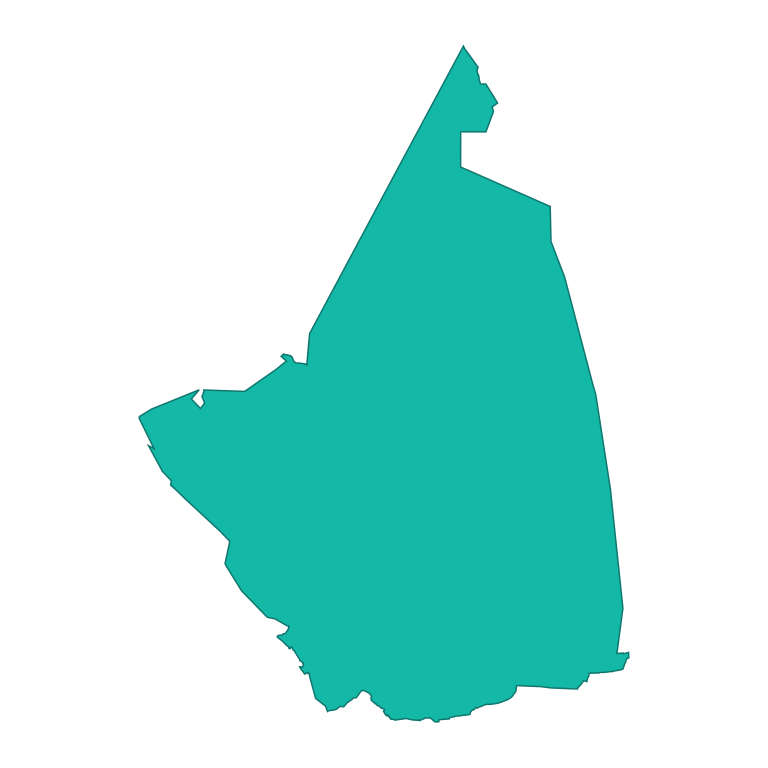 San Juan de Guadalupe, Durango, Mexico (Robinson projection)
{"feature_id": "50627088B55888965347329", "entity_name": "San Juan de Guadalupe", "entity_type": "district", "adm_level": 2, "iso_a3": "MEX", "parent_name": "Mexico", "parent_adm1": "Durango", "projection": "robinson", "projection_center": [-102.803, 24.72], "detail": "fine", "context": "isolated", "style": "filled", "palette": "teal", "viewbox_px": 768, "rotation_deg": 0, "n_neighbors": 0, "source": "geoboundaries", "source_scale": "gbopen_adm2", "svg_char_len": 5854}
<svg xmlns="http://www.w3.org/2000/svg" viewBox="0 0 768 768"><path d="M284.0,354.0L283.3,354.7L283.1,354.5L281.1,356.4L286.4,361.0L276.8,368.9L244.7,391.4L203.8,390.0L203.9,390.4L203.9,390.9L203.9,391.6L203.7,392.3L203.4,392.7L203.3,393.1L203.2,393.5L203.0,394.1L202.6,394.7L202.4,395.2L202.3,395.6L202.3,395.9L202.2,396.2L202.0,396.7L204.6,403.0L200.5,408.5L191.4,399.0L199.2,389.8L151.7,409.0L139.5,416.5L139.1,418.2L154.0,448.6L148.5,445.6L162.5,471.5L171.4,480.8L170.6,485.0L174.2,488.2L186.0,499.6L219.9,531.0L229.8,541.3L225.1,563.3L225.4,564.5L226.7,566.8L241.5,590.7L266.6,616.6L267.1,617.1L268.2,617.5L274.8,618.8L286.8,625.6L287.9,626.0L288.0,625.8L288.3,625.6L288.8,625.9L288.8,627.2L288.5,628.6L287.9,629.8L287.6,630.3L287.1,630.9L286.8,631.3L286.1,632.3L285.7,633.0L285.5,633.4L284.9,633.8L284.4,633.9L283.8,633.7L283.3,633.9L282.3,634.7L281.6,635.2L281.2,635.2L280.5,635.2L279.9,635.2L279.2,635.3L278.5,635.4L277.9,635.7L277.4,636.2L277.3,636.5L277.4,637.2L282.3,641.0L285.1,643.9L285.6,644.3L287.2,645.9L288.1,646.4L288.4,646.7L288.7,647.1L288.7,647.9L289.0,648.3L289.6,648.6L290.0,648.7L291.3,646.8L292.2,647.7L292.4,648.5L292.7,649.3L293.1,649.9L293.6,650.4L294.5,650.8L294.7,651.3L294.9,652.0L295.3,652.5L295.8,653.3L296.6,654.7L297.2,655.5L297.6,656.2L298.3,657.5L298.9,658.0L299.2,658.7L299.6,659.6L299.9,660.3L300.3,661.0L300.9,661.2L301.7,661.9L302.4,662.3L303.3,662.9L302.9,663.4L302.8,663.9L303.5,664.2L303.3,665.9L302.9,666.4L302.4,666.6L302.3,667.1L301.8,667.1L301.0,667.0L300.0,666.7L299.6,666.9L300.6,668.5L301.1,669.1L301.4,669.8L302.2,670.7L303.4,672.0L303.6,672.9L305.0,674.2L306.8,672.5L307.9,673.5L308.9,672.8L310.0,677.7L315.6,698.4L325.6,706.2L327.5,711.5L328.3,710.9L330.7,710.4L333.3,710.1L335.5,709.6L336.9,709.0L338.5,707.5L340.1,706.4L343.7,706.8L347.1,702.8L351.0,700.1L352.5,698.9L353.2,698.0L353.9,697.9L354.9,697.8L356.2,697.8L357.4,696.3L358.8,694.3L359.6,693.0L360.9,691.3L361.4,690.9L362.6,690.5L362.9,690.5L363.5,690.4L368.1,692.5L370.0,693.9L371.3,696.1L371.6,696.4L371.6,697.0L371.2,697.5L371.0,698.1L371.1,698.4L371.1,698.6L371.0,698.8L371.1,699.1L371.4,699.9L371.3,700.1L371.4,700.4L371.5,700.6L371.8,700.9L372.2,701.1L372.5,701.3L372.7,701.5L373.1,701.8L373.3,702.0L373.5,702.2L373.8,702.5L374.4,702.9L374.6,703.2L374.7,703.3L374.9,703.3L374.9,703.5L375.0,703.7L375.1,703.8L375.3,703.7L375.6,703.5L376.0,703.7L376.2,704.2L376.5,704.3L376.8,704.6L377.2,705.4L377.3,705.7L378.2,705.7L378.5,705.8L379.1,706.1L379.8,706.6L379.9,706.8L380.0,707.1L380.4,707.2L380.9,707.9L381.2,707.7L381.4,707.7L381.7,707.8L381.8,708.1L381.9,708.3L382.8,708.5L383.3,708.9L383.6,709.0L384.0,709.2L384.2,709.5L384.4,709.8L384.5,710.1L384.4,710.4L384.1,710.7L383.7,710.9L383.5,711.2L383.5,711.4L383.6,711.7L384.1,712.1L384.4,712.6L384.6,713.2L384.7,713.5L385.1,714.0L385.5,714.6L385.9,715.0L386.3,715.2L386.5,715.5L386.7,715.1L386.8,715.3L387.1,715.6L387.4,715.1L387.6,715.2L388.1,715.4L388.5,715.4L388.6,716.0L389.0,717.0L390.1,717.9L390.3,718.6L390.5,719.0L392.2,719.4L393.0,719.3L394.1,719.3L394.8,720.1L406.2,718.5L412.3,719.9L417.9,720.3L419.3,719.9L419.4,720.5L419.6,720.6L426.0,717.8L430.7,718.1L434.8,721.8L438.2,721.9L438.9,721.6L438.9,719.7L449.3,718.9L449.4,717.8L450.0,717.6L450.3,717.5L454.3,716.6L455.6,716.1L456.9,716.0L460.3,715.8L461.0,715.6L461.8,715.5L464.4,715.1L464.6,715.3L466.3,715.0L467.3,714.9L469.7,714.5L470.1,714.1L470.4,712.3L471.2,711.2L472.0,710.3L472.7,709.9L473.8,709.8L475.8,707.6L477.2,708.2L478.9,706.9L480.9,706.6L484.5,704.9L487.0,704.3L490.0,704.3L493.7,703.9L497.8,703.2L501.7,702.0L503.8,701.1L506.5,700.1L509.7,698.5L512.1,696.6L514.4,693.3L515.6,691.7L515.9,691.3L516.5,685.6L540.7,686.6L550.8,687.9L577.5,689.0L577.6,688.1L582.0,683.2L583.6,680.7L586.9,681.6L587.3,678.6L588.7,676.4L589.0,674.2L589.1,673.2L599.1,672.9L599.1,672.5L605.3,672.3L607.6,672.0L612.5,671.3L612.5,671.6L613.0,671.5L613.6,671.1L614.1,671.0L616.6,670.6L619.2,670.1L619.4,670.1L619.7,670.1L620.0,670.0L620.3,669.8L620.6,669.7L620.8,669.6L621.4,669.7L621.8,669.4L622.3,669.3L622.6,669.2L622.8,669.0L622.8,668.7L623.0,668.7L623.2,668.1L623.4,667.5L623.9,666.5L623.9,666.0L624.1,665.4L624.4,664.8L624.4,664.5L625.0,663.2L625.3,662.7L625.5,662.3L626.4,659.5L626.9,658.6L628.9,657.8L628.6,655.0L628.7,654.3L628.6,653.4L628.6,652.4L623.5,653.8L623.4,653.1L619.3,653.3L616.9,653.4L622.9,608.3L610.4,489.1L595.7,394.3L592.9,384.8L564.6,277.0L551.0,241.5L550.2,206.5L460.6,167.0L460.7,131.8L485.9,131.9L493.5,111.5L492.1,107.0L497.6,103.0L485.8,84.0L480.6,84.0L480.4,83.9L480.3,83.6L480.1,83.2L480.1,82.9L480.1,82.7L480.0,82.4L480.0,82.2L479.8,81.7L479.6,81.0L479.4,80.7L479.2,80.1L479.3,80.0L479.1,79.5L479.1,79.1L479.1,78.8L479.2,78.5L479.1,78.3L479.1,78.1L479.0,77.8L479.0,77.0L478.8,76.8L478.8,76.5L478.7,75.9L478.6,75.6L478.4,75.5L478.3,75.3L478.4,75.2L478.4,74.9L478.1,74.8L478.1,74.5L477.9,74.4L477.8,74.0L477.8,73.5L477.7,73.1L477.5,72.8L477.3,72.5L477.2,72.1L477.0,71.4L477.1,71.2L477.1,70.7L477.3,70.3L477.4,70.0L477.4,69.6L477.3,69.2L477.1,68.8L477.2,68.6L477.5,68.2L477.9,67.8L478.1,67.6L478.1,67.4L477.9,67.0L477.7,66.7L477.6,66.4L477.3,66.2L476.5,65.1L471.2,57.7L467.9,53.1L466.8,51.7L464.6,48.7L463.4,46.1L417.3,132.2L397.8,168.5L329.8,295.8L309.6,333.6L306.8,365.0L306.7,364.9L306.3,364.5L306.1,364.3L305.9,364.1L305.6,364.0L305.1,363.9L304.1,363.7L302.4,363.5L301.2,363.4L300.6,363.3L300.3,363.2L300.2,363.2L299.8,363.1L299.1,363.1L297.9,363.1L297.4,363.1L296.0,362.9L295.7,362.8L295.3,362.5L295.0,362.3L294.2,361.6L293.9,361.3L293.6,360.9L293.1,359.7L292.9,359.1L292.7,358.5L292.7,358.3L292.5,358.0L292.1,357.2L291.8,356.8L291.6,356.5L291.3,356.3L291.1,356.1L290.8,355.9L290.3,355.7L290.1,355.7L289.7,355.6L288.5,355.2L288.1,355.1L287.0,354.8L286.4,354.8L286.0,354.7L285.0,354.8L284.7,354.8L284.5,354.7L284.3,354.5L284.2,354.3L284.0,354.0Z" fill="#14b8a6" stroke="#0f766e" stroke-width="1.5"/></svg>